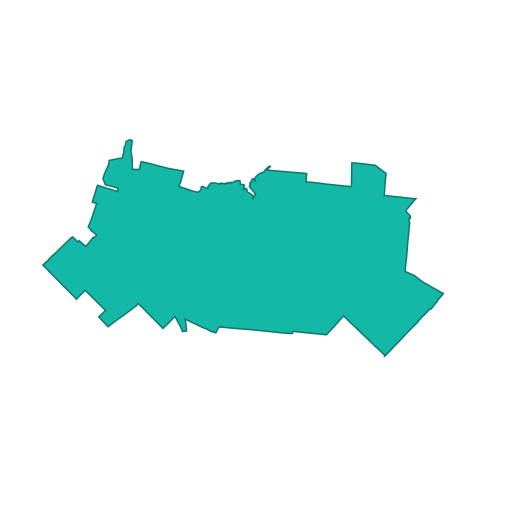 outline of Fratesti, Giurgiu, Romania, rotated 125°
{"feature_id": "2599482B51222543390169", "entity_name": "Fratesti", "entity_type": "district", "adm_level": 2, "iso_a3": "ROU", "parent_name": "Romania", "parent_adm1": "Giurgiu", "projection": "mercator", "projection_center": [25.914, 43.99], "detail": "fine", "context": "isolated", "style": "filled", "palette": "teal", "viewbox_px": 512, "rotation_deg": 125, "n_neighbors": 0, "source": "geoboundaries", "source_scale": "gbopen_adm2", "svg_char_len": 5959}
<svg xmlns="http://www.w3.org/2000/svg" viewBox="0 0 512 512"><g transform="rotate(125 256 256)"><path d="M366.2,304.0L366.5,302.7L368.7,290.7L361.1,289.2L352.1,287.8L353.7,284.3L356.8,278.2L358.6,275.1L360.0,272.9L357.2,269.9L354.6,272.0L350.2,276.0L348.4,278.0L347.4,272.0L345.1,258.4L345.0,257.8L344.4,255.9L344.0,253.3L343.7,251.7L343.7,251.2L343.9,250.8L342.0,244.8L339.1,245.2L336.4,245.5L335.3,245.6L335.1,245.6L335.1,245.4L335.0,245.0L332.6,240.9L330.1,236.4L328.8,234.3L326.4,230.0L319.6,218.5L313.1,206.9L307.9,197.6L304.3,191.0L302.2,187.5L300.1,183.9L299.2,182.6L298.5,181.7L296.7,182.7L281.3,155.2L280.1,153.1L271.1,151.9L268.8,151.5L260.5,150.6L254.8,149.9L256.2,142.1L257.4,133.5L260.0,116.7L260.0,116.2L259.6,115.5L260.3,115.2L260.5,113.3L261.7,106.4L262.1,102.7L263.5,93.5L264.2,93.2L263.4,92.9L238.4,89.0L233.2,88.3L223.6,86.7L222.4,86.4L217.9,85.7L216.8,85.5L216.7,85.5L216.4,85.8L208.3,84.6L208.2,84.4L203.9,83.8L200.3,83.3L199.2,83.0L199.1,82.9L199.1,82.4L199.1,82.2L198.9,82.1L194.3,81.9L189.3,81.5L188.3,81.7L187.6,81.7L182.4,81.2L181.8,81.2L180.9,80.9L180.3,81.0L179.2,81.3L179.5,82.9L180.6,93.6L181.0,98.5L181.6,104.2L181.2,115.0L181.5,116.7L181.6,117.3L183.1,125.0L181.1,126.2L173.4,130.5L172.0,131.2L165.7,134.8L156.3,140.4L149.4,144.1L145.8,146.3L141.0,148.9L140.5,149.3L140.4,149.7L140.3,150.2L140.2,150.3L138.1,151.5L137.5,151.9L137.4,152.0L137.0,151.2L136.8,151.2L136.2,151.4L135.1,152.1L134.9,152.4L134.6,153.4L133.2,159.1L133.0,159.3L131.8,159.3L129.5,159.0L125.3,158.7L123.8,158.5L119.5,158.2L117.4,157.9L118.1,159.1L119.5,161.4L124.0,169.6L124.7,171.0L125.5,172.4L126.3,173.8L128.4,177.5L129.2,179.2L130.2,180.9L132.9,185.7L128.0,188.5L124.6,190.6L120.4,193.1L114.4,196.4L113.7,196.6L113.4,208.5L113.2,209.6L113.3,210.4L113.8,211.5L114.7,213.0L119.7,222.4L123.6,229.2L124.8,230.9L130.0,227.4L135.2,223.9L144.5,217.5L145.2,219.1L148.8,225.3L153.7,234.1L155.2,236.9L156.2,238.5L157.7,241.4L159.8,245.5L161.6,248.7L163.5,252.3L165.6,255.9L166.5,257.7L159.4,261.8L161.6,265.8L165.6,272.6L171.0,281.9L179.3,296.3L176.3,296.2L175.5,296.0L174.6,295.5L174.3,295.7L174.2,295.8L174.3,296.0L175.1,296.6L176.0,297.0L176.7,297.2L177.4,297.4L180.9,297.8L182.8,297.7L183.1,297.6L183.5,298.3L183.9,298.7L184.7,299.2L185.6,299.6L186.2,300.1L187.6,300.8L190.6,301.5L191.5,301.5L193.2,301.3L193.6,301.1L194.5,300.0L194.9,299.9L195.1,299.9L195.3,300.0L195.2,300.2L194.4,302.2L194.3,302.7L194.3,302.9L195.2,303.0L197.5,302.9L197.7,302.2L197.9,302.1L199.0,302.7L199.7,302.8L200.0,302.7L201.1,301.9L202.4,301.5L202.9,301.1L203.6,299.3L204.0,297.4L204.6,295.2L205.3,293.4L205.4,292.9L205.4,291.9L205.4,291.7L205.7,291.7L206.4,291.9L207.9,291.7L208.5,291.5L210.6,291.5L209.5,292.3L209.0,292.7L208.7,293.1L208.4,293.7L208.2,295.0L208.2,296.8L208.2,297.9L208.5,299.5L208.6,300.2L208.5,300.3L207.4,300.9L206.9,301.3L206.5,302.0L206.3,302.7L206.5,303.1L206.8,303.5L207.8,304.0L208.7,304.3L208.9,304.4L209.0,304.6L208.8,304.7L207.2,305.1L205.8,305.6L204.9,306.1L204.6,306.4L204.6,306.8L204.9,307.6L205.2,308.3L206.3,310.0L205.5,310.7L203.6,312.0L203.8,312.4L203.8,312.8L204.0,312.9L204.1,313.1L204.2,313.8L204.6,314.0L204.7,314.4L204.9,314.5L205.3,314.6L205.7,314.4L205.9,314.4L206.0,314.6L206.0,315.3L206.3,315.6L206.4,316.0L206.5,316.1L207.4,316.3L207.6,316.5L207.9,316.6L208.1,316.8L208.5,317.0L208.9,317.2L209.8,317.6L210.4,318.2L210.0,318.5L210.4,318.8L210.5,319.3L211.8,320.0L211.8,320.5L212.0,320.6L212.3,320.8L212.3,321.2L212.4,321.3L212.5,321.4L212.8,321.1L213.2,321.1L213.4,321.5L213.5,322.2L213.7,322.4L213.9,322.6L214.1,322.6L214.6,322.3L214.8,322.7L215.0,323.9L215.2,324.3L215.7,324.6L215.9,324.7L216.0,325.2L215.9,325.7L215.9,325.9L217.4,327.3L217.4,326.8L217.6,326.7L217.9,327.0L218.2,327.7L218.7,328.7L219.0,329.8L219.4,330.8L220.2,332.0L220.8,333.4L221.3,334.0L222.7,335.0L223.8,335.1L225.5,335.1L226.7,335.1L227.3,334.9L228.0,334.5L228.1,334.3L228.5,334.5L228.7,334.8L228.9,335.8L229.1,336.7L229.4,339.0L229.9,339.9L230.1,340.3L230.3,340.4L230.6,340.4L231.2,340.3L231.5,339.9L232.1,339.6L233.2,339.3L234.1,339.2L234.7,339.4L235.8,339.4L235.9,339.5L236.5,340.2L236.8,340.2L237.2,340.2L237.3,340.4L237.5,340.6L238.3,343.0L239.4,345.9L239.5,346.7L239.8,347.3L241.0,351.8L242.0,354.8L242.7,357.2L242.8,357.7L243.2,358.7L243.3,358.9L243.1,359.2L243.1,359.4L241.8,359.4L239.6,359.8L236.3,361.0L228.0,363.9L231.1,370.7L233.0,374.7L234.6,378.2L238.6,388.8L240.0,392.9L241.7,397.1L242.2,398.5L244.6,404.3L251.3,401.5L251.7,401.3L251.9,401.1L255.9,406.9L250.8,410.6L247.6,413.1L244.4,416.0L242.8,417.8L242.4,418.1L240.4,419.4L232.7,423.3L232.6,423.6L232.7,424.3L232.6,425.0L232.9,425.8L233.7,426.4L236.3,427.9L236.7,428.1L236.9,428.0L238.8,427.1L240.0,426.6L240.7,426.5L241.7,426.5L242.7,426.3L247.6,423.5L248.3,423.2L250.0,423.0L250.6,422.5L252.2,421.7L252.3,421.7L252.7,422.1L253.5,423.0L254.6,424.1L258.6,427.8L258.8,428.1L258.9,428.4L259.5,428.8L262.0,431.1L264.3,429.7L265.4,429.2L267.5,428.7L269.4,428.5L273.6,427.7L276.6,426.9L277.7,426.6L279.1,426.2L280.2,425.8L280.7,425.4L283.3,421.3L283.8,420.7L284.1,420.5L281.4,413.3L279.8,408.4L282.4,406.0L288.9,426.0L289.0,426.4L290.0,426.1L305.8,421.0L304.4,416.6L313.9,413.9L320.4,411.9L328.5,410.1L328.8,406.8L329.6,406.6L329.9,404.0L329.9,403.6L329.8,403.4L330.0,401.1L330.2,398.6L334.1,399.1L334.0,400.0L338.4,400.4L338.5,400.2L345.8,401.0L344.9,409.6L346.7,409.8L346.1,413.3L345.5,417.1L345.9,417.1L346.4,417.6L346.7,417.8L370.7,422.4L370.7,422.5L371.9,422.7L371.9,422.9L378.1,424.0L378.3,423.9L378.4,423.6L380.9,424.1L381.0,424.5L385.7,425.4L386.9,418.2L387.4,415.7L387.5,415.8L387.5,415.7L389.0,407.2L389.9,402.3L390.7,398.7L391.8,392.1L392.4,388.2L393.1,384.9L394.0,379.7L394.2,378.9L394.5,378.4L384.2,376.6L382.1,376.4L383.0,370.9L383.2,369.5L385.9,354.1L386.7,349.3L387.0,348.1L396.1,349.9L397.8,341.3L398.8,336.6L389.3,333.6L379.5,330.1L365.0,325.4L364.1,325.4L362.5,325.6L362.6,324.6L363.2,320.8L366.0,305.8L366.2,304.0Z" fill="#14b8a6" stroke="#0f766e" stroke-width="1.5"/></g></svg>